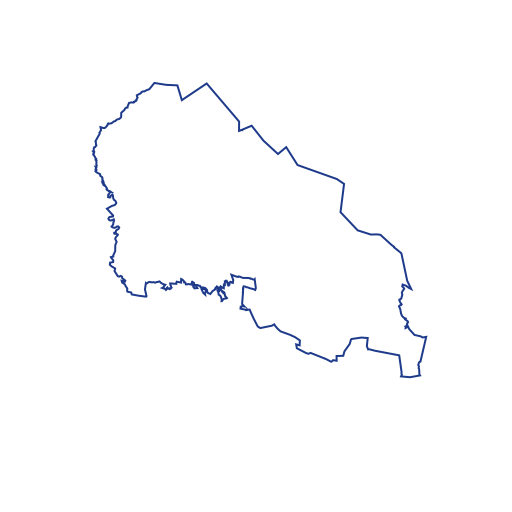 the district of Pinal de Amoles, Querétaro, Mexico, rotated 132°
{"feature_id": "50627088B68767100251382", "entity_name": "Pinal de Amoles", "entity_type": "district", "adm_level": 2, "iso_a3": "MEX", "parent_name": "Mexico", "parent_adm1": "Querétaro", "projection": "equal_earth", "projection_center": [-99.535, 21.167], "detail": "fine", "context": "isolated", "style": "outline", "palette": "blue", "viewbox_px": 512, "rotation_deg": 132, "n_neighbors": 0, "source": "geoboundaries", "source_scale": "gbopen_adm2", "svg_char_len": 6136}
<svg xmlns="http://www.w3.org/2000/svg" viewBox="0 0 512 512"><g transform="rotate(132 256 256)"><path d="M159.0,180.6L163.2,185.0L168.9,197.6L166.9,222.5L143.5,238.8L144.7,247.4L160.6,286.0L154.9,306.4L165.5,307.9L165.3,327.7L162.1,346.4L171.0,350.6L171.6,350.4L172.1,351.1L172.9,350.6L172.5,351.3L174.4,352.3L167.4,358.5L160.8,408.1L189.8,415.4L181.8,428.6L189.0,437.4L195.4,447.3L203.4,446.9L206.3,448.4L208.2,449.0L209.4,450.2L211.0,450.8L212.1,450.5L216.3,452.1L217.2,450.9L217.5,450.0L219.0,449.8L220.2,449.0L220.8,449.5L221.5,449.0L223.0,449.9L223.4,449.5L224.2,449.9L225.1,451.3L227.2,452.8L231.2,451.3L231.7,450.8L232.9,451.8L234.4,451.9L235.5,451.5L239.7,452.0L242.7,449.4L243.4,449.1L245.5,449.3L248.0,450.8L249.9,450.8L250.9,451.6L254.0,452.2L255.9,453.6L256.3,454.5L257.1,454.5L258.3,453.8L259.0,454.0L259.7,453.8L262.0,454.0L263.0,455.0L264.3,457.8L266.1,455.4L269.2,454.8L269.7,454.0L278.2,452.1L278.6,451.1L280.1,449.7L280.5,448.7L282.7,448.4L283.5,449.0L285.0,448.3L285.8,447.5L286.4,447.3L286.7,446.3L287.3,446.8L287.4,445.8L288.4,445.0L288.8,445.3L289.5,444.9L290.0,442.3L290.7,440.8L290.7,439.8L291.0,439.5L291.6,439.8L291.9,439.6L291.8,438.4L292.9,437.7L293.1,437.2L295.0,435.8L295.4,434.8L295.9,434.8L296.7,434.1L297.1,434.8L297.4,433.9L298.9,433.2L298.6,432.4L299.1,432.0L299.7,432.4L300.5,432.0L300.5,430.5L299.5,426.5L300.6,425.5L300.4,422.9L301.0,422.0L301.6,421.8L302.4,421.0L302.2,420.2L302.9,419.1L303.7,419.6L303.7,418.3L304.4,418.6L304.5,416.4L305.2,416.7L305.2,415.8L304.8,414.8L305.5,412.0L306.4,411.7L306.6,411.0L306.3,410.5L306.4,409.1L305.7,408.4L305.4,406.2L306.5,407.2L308.6,406.7L309.2,406.9L311.2,405.3L310.4,403.8L309.9,403.5L308.8,404.3L306.4,403.8L306.6,403.1L308.7,400.6L309.3,399.2L309.1,397.4L309.9,395.5L310.5,395.1L312.7,395.1L315.4,396.7L320.6,398.4L321.5,389.3L322.3,388.7L324.8,390.8L326.0,391.0L327.0,390.7L327.5,389.6L327.1,388.0L326.3,387.3L323.9,386.2L324.7,385.1L326.2,384.6L328.0,383.3L330.2,382.9L330.7,383.1L330.9,382.8L330.4,381.0L329.7,380.0L328.4,379.2L327.3,379.2L326.2,378.2L326.3,376.8L327.9,376.3L330.3,377.0L331.0,376.9L332.4,375.9L333.5,377.0L333.8,376.9L334.2,376.1L332.9,374.6L332.5,373.0L332.7,372.8L335.9,372.7L337.2,372.3L337.6,371.9L338.8,369.0L342.0,367.9L346.6,363.9L351.3,362.4L351.9,361.7L353.9,363.1L354.2,362.5L354.7,359.2L356.1,358.1L358.6,360.0L360.3,358.8L360.3,356.2L359.5,352.3L361.8,351.1L363.5,345.2L362.8,343.8L361.4,343.3L361.0,341.9L362.0,340.5L361.7,336.7L362.9,336.3L364.3,339.2L365.3,337.6L364.9,335.6L364.9,334.2L365.5,333.0L366.3,329.9L368.2,328.4L368.5,327.6L366.6,324.3L367.7,322.6L364.0,316.6L359.8,310.5L359.1,310.5L355.1,316.2L349.8,319.7L349.8,318.9L347.2,318.3L346.3,317.5L345.4,315.9L343.8,314.4L343.6,313.5L343.2,313.0L341.6,312.3L341.1,311.6L339.6,310.9L339.4,310.3L339.6,309.1L339.1,306.2L338.1,304.2L340.5,304.0L340.9,303.7L342.5,304.3L341.3,301.4L341.5,300.2L340.3,300.1L339.5,300.9L338.6,300.8L339.0,299.6L338.7,298.8L338.0,298.6L338.1,298.0L337.8,298.0L337.5,297.6L336.1,297.6L336.1,298.0L335.4,298.8L335.0,299.9L333.8,301.4L330.0,296.6L329.2,297.3L328.1,297.7L325.9,293.9L323.2,296.2L322.8,295.0L323.0,292.4L323.7,291.8L323.0,290.8L324.0,289.2L323.8,288.8L322.1,287.5L320.2,284.5L319.6,285.4L318.2,286.1L318.1,285.6L317.7,285.7L317.5,284.1L318.1,283.2L319.1,283.0L320.1,284.3L319.8,283.3L319.9,282.2L320.2,281.8L320.9,281.9L321.2,280.1L319.1,278.1L318.1,281.6L316.6,279.9L316.6,279.2L315.7,277.6L316.3,276.1L314.6,274.0L313.9,272.5L315.2,272.1L315.6,273.1L317.2,274.1L318.7,270.5L318.7,268.1L318.0,269.0L316.0,269.6L313.9,270.8L313.9,270.0L315.7,267.4L314.8,264.5L311.1,264.8L307.6,263.9L307.1,264.2L307.1,264.7L304.8,264.7L304.7,262.7L305.2,263.0L305.7,262.6L305.9,261.7L305.3,260.9L305.1,261.1L305.1,260.8L306.6,259.8L307.5,261.3L308.4,259.4L309.7,257.9L309.4,256.2L309.9,254.6L311.4,252.2L312.6,251.4L312.3,251.1L310.9,251.3L310.6,251.7L308.6,250.8L307.2,249.5L306.7,249.4L306.6,250.7L306.3,251.9L306.4,252.3L304.8,254.3L305.3,254.9L304.3,255.4L304.5,256.8L305.1,255.9L305.3,255.9L305.4,256.5L304.5,259.0L304.4,259.8L304.8,261.3L304.5,261.0L303.2,261.9L302.2,262.0L302.3,260.3L302.0,260.4L301.9,260.2L302.2,259.9L301.8,259.6L301.5,258.4L298.5,260.9L298.2,260.8L298.1,260.0L296.0,261.9L295.9,261.5L295.4,261.5L294.6,261.9L294.0,261.2L296.5,257.1L296.3,256.5L295.2,256.5L294.1,257.4L293.9,257.6L294.3,258.1L294.8,258.1L294.8,258.6L294.6,258.6L293.2,257.7L292.3,257.8L291.9,257.0L292.2,256.7L292.1,256.3L291.5,255.2L289.1,256.8L286.4,261.7L284.1,256.0L283.3,255.1L282.9,255.3L282.0,253.8L281.5,252.1L280.8,250.8L277.3,246.8L276.4,245.2L276.6,244.9L275.9,244.1L275.7,243.1L274.8,241.5L274.1,241.5L280.0,234.6L281.8,233.9L282.3,235.8L284.2,239.2L284.9,241.3L285.7,242.3L286.0,243.7L286.8,244.9L287.2,244.8L288.2,244.3L288.7,243.7L288.9,243.9L291.2,241.8L292.2,241.3L292.8,241.5L292.0,241.1L301.0,234.2L301.3,230.9L302.5,232.8L303.5,232.8L303.9,233.4L305.5,232.3L302.7,227.5L302.9,227.2L302.2,226.6L301.7,226.9L301.8,226.5L300.1,224.9L304.0,216.1L307.2,207.6L306.7,204.6L297.1,197.5L294.6,196.7L295.0,195.4L295.6,191.2L295.6,187.4L291.7,177.7L290.1,172.3L289.4,166.9L293.2,163.8L294.8,167.0L297.2,163.9L294.6,153.8L293.5,151.5L291.5,150.6L285.6,134.6L284.3,129.4L282.8,129.0L281.8,129.0L279.9,126.0L276.4,129.2L271.8,124.4L267.6,126.5L258.6,127.5L254.6,129.5L253.7,129.4L246.1,123.1L242.2,118.1L248.8,113.3L250.4,110.2L249.5,109.4L246.8,104.2L234.0,83.1L245.0,70.0L246.2,69.1L246.6,68.2L248.4,67.6L243.0,60.4L235.0,54.2L234.7,55.3L230.9,59.1L230.5,60.1L229.0,61.0L228.5,62.5L226.0,63.6L225.1,63.6L224.5,63.1L202.2,75.4L205.1,77.7L205.5,79.8L208.6,85.4L207.8,93.2L206.8,95.6L209.3,96.6L208.8,96.9L208.5,97.8L207.5,97.2L206.5,97.7L206.1,97.3L205.0,98.6L203.4,98.7L203.0,99.6L203.3,102.8L202.3,102.9L203.0,105.0L202.8,107.4L201.7,109.7L199.0,113.2L197.7,116.1L196.5,116.1L195.3,115.3L194.5,115.4L194.0,117.7L192.9,120.0L192.5,120.3L191.0,119.6L190.4,119.6L186.8,121.4L185.8,123.0L184.2,123.6L181.2,123.9L180.8,125.0L180.8,126.9L179.1,127.9L177.7,124.6L177.4,121.2L176.7,118.6L173.2,127.1L156.9,149.5L156.7,150.4L157.2,159.2L156.8,159.4L157.1,163.0L157.0,177.7L159.0,180.6Z" fill="none" stroke="#1e3a8a" stroke-width="2"/></g></svg>